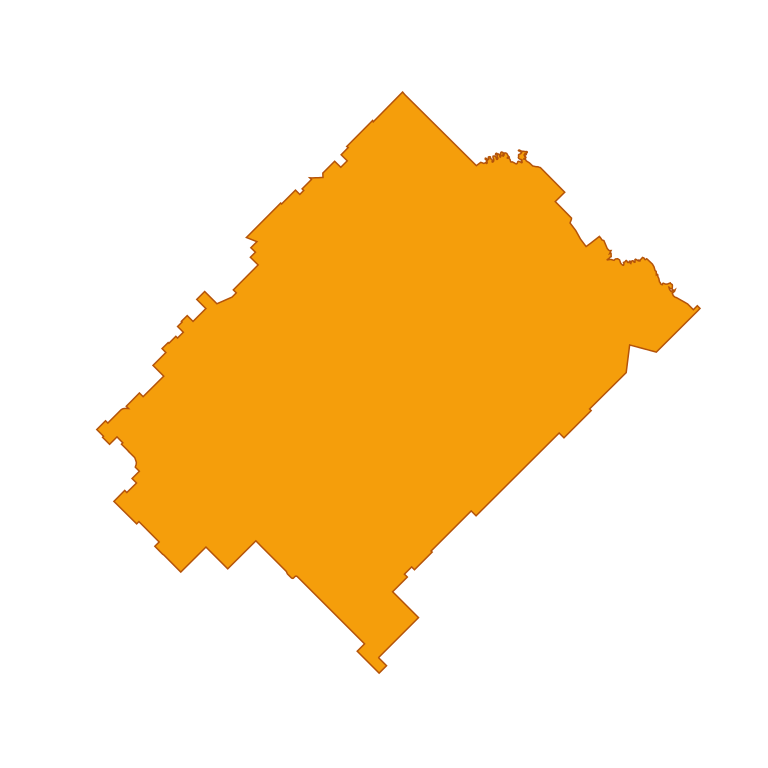 outline of Wyalkatchem, Western Australia, Australia, rotated 45°
{"feature_id": "25037944B8068903410129", "entity_name": "Wyalkatchem", "entity_type": "district", "adm_level": 2, "iso_a3": "AUS", "parent_name": "Australia", "parent_adm1": "Western Australia", "projection": "orthographic", "projection_center": [117.394, -31.195], "detail": "fine", "context": "isolated", "style": "filled", "palette": "amber", "viewbox_px": 768, "rotation_deg": 45, "n_neighbors": 0, "source": "geoboundaries", "source_scale": "gbopen_adm2", "svg_char_len": 6122}
<svg xmlns="http://www.w3.org/2000/svg" viewBox="0 0 768 768"><g transform="rotate(45 384 384)"><path d="M308.0,654.6L336.7,654.7L336.7,660.8L347.7,660.9L349.3,660.6L373.3,660.7L373.4,625.2L404.2,625.2L404.3,585.5L411.7,585.6L447.0,585.6L448.0,585.8L449.7,586.5L450.2,586.6L455.7,586.6L456.5,586.3L457.1,585.7L457.2,585.2L457.2,582.9L457.4,582.4L457.8,581.9L458.1,581.7L458.7,581.5L459.1,581.5L554.0,581.5L554.0,591.9L585.0,591.9L585.0,581.4L574.4,581.4L573.8,581.3L573.6,580.6L573.6,524.8L537.0,524.8L537.0,504.0L532.9,504.0L532.9,493.8L536.9,493.8L536.9,468.8L535.4,468.8L535.4,412.1L542.3,412.1L542.5,294.8L549.3,294.8L549.3,256.3L547.0,256.3L547.2,204.7L530.1,182.7L554.0,168.9L554.1,109.8L554.0,107.1L550.2,107.1L550.2,112.7L542.1,112.7L529.7,116.1L528.5,116.8L526.1,117.0L523.7,116.0L523.9,113.0L523.2,111.5L523.0,113.2L522.5,113.5L522.0,113.0L521.1,113.3L522.3,115.1L521.7,115.6L519.2,115.3L517.0,114.1L517.4,113.9L518.8,114.2L520.1,113.1L520.2,112.5L518.3,110.4L517.5,109.9L515.8,110.2L515.5,110.4L514.9,110.1L513.7,113.0L512.4,114.3L510.1,115.3L510.0,116.2L510.6,116.9L510.0,117.4L508.7,117.6L507.6,116.9L506.6,117.0L503.8,115.1L501.7,114.4L500.3,113.2L499.7,113.2L499.5,114.3L496.8,111.9L495.5,112.1L492.0,110.2L489.0,109.4L481.8,109.6L481.1,109.8L481.0,111.0L480.5,111.5L478.7,111.1L477.3,111.7L477.5,115.2L478.0,115.8L477.6,116.4L476.6,116.2L476.7,117.1L475.8,117.3L475.4,117.4L474.8,117.4L474.2,117.7L473.6,117.9L473.5,118.6L475.3,120.3L474.9,121.0L473.2,120.7L472.4,121.3L472.2,122.2L473.3,124.3L472.6,124.4L471.1,123.2L470.7,123.6L471.0,125.1L470.3,125.8L469.0,125.3L468.0,125.3L467.8,125.6L468.0,127.2L467.4,128.7L468.6,129.2L469.4,130.7L468.8,131.2L466.1,131.3L462.8,129.7L460.6,130.2L459.2,132.0L459.2,133.9L456.2,135.6L453.8,138.8L454.3,135.9L454.1,134.7L454.6,133.3L452.1,131.0L451.6,131.3L451.3,132.2L450.2,129.1L449.2,130.2L448.1,130.5L445.9,130.3L442.5,128.9L438.1,127.1L436.3,128.0L433.7,127.5L433.1,127.3L432.4,127.9L431.9,127.6L430.5,139.0L429.7,143.9L420.5,142.6L411.1,139.9L401.7,138.6L400.1,135.1L399.3,134.1L376.1,133.9L376.2,120.6L341.5,120.4L340.8,120.9L339.5,121.4L339.3,121.6L338.8,121.9L337.9,122.8L335.1,124.6L334.7,124.7L330.5,124.8L326.9,125.6L324.9,125.1L324.7,125.2L324.3,125.8L324.0,126.1L323.8,126.0L323.6,125.8L323.6,125.4L323.7,125.1L324.4,124.4L324.4,124.0L324.2,123.5L323.7,123.5L323.4,123.2L323.2,123.3L323.0,123.5L322.7,123.5L322.7,123.0L322.5,122.9L322.2,122.9L321.9,123.2L321.6,123.2L321.3,123.1L321.0,122.8L320.9,122.4L320.9,122.0L320.8,121.5L320.8,121.4L321.4,121.3L322.1,121.5L322.3,121.4L322.3,121.1L322.2,120.9L321.6,120.5L321.5,120.3L321.4,120.1L321.6,119.6L321.5,118.9L321.1,118.6L320.8,118.6L320.3,118.9L319.7,119.7L318.1,120.8L316.9,121.9L316.0,122.3L314.6,122.7L314.2,122.9L313.9,123.4L313.9,123.7L314.0,123.9L314.5,123.9L315.3,123.3L316.1,123.4L316.5,123.3L317.1,122.7L317.5,122.7L317.7,123.1L317.8,124.6L317.1,126.2L317.1,126.8L317.4,127.2L318.2,127.6L318.6,128.6L318.8,128.8L319.1,129.0L319.8,129.2L321.2,128.8L321.9,128.9L322.2,128.7L322.3,128.3L322.5,128.1L323.0,127.9L323.3,128.1L323.5,128.7L323.7,129.0L324.1,129.3L324.7,129.3L325.0,129.6L325.0,129.9L324.9,130.1L324.8,130.3L324.2,130.5L323.1,130.6L321.5,131.5L321.4,131.9L321.5,132.4L322.2,133.9L322.1,134.6L321.9,134.8L321.0,135.3L320.1,135.4L317.7,136.2L317.5,136.3L317.1,137.0L316.8,137.2L316.4,137.2L315.9,137.0L314.6,136.2L313.6,136.0L312.5,136.2L312.2,136.3L311.8,136.9L311.5,137.0L311.3,137.0L311.2,136.8L311.2,136.7L311.3,136.1L312.1,135.5L312.3,135.3L312.3,135.1L312.1,135.0L311.7,134.9L311.1,135.0L310.4,134.9L309.3,134.6L308.7,134.4L307.9,134.2L307.2,134.4L306.5,134.7L306.1,135.1L305.9,135.4L306.3,136.3L307.1,137.5L307.2,138.4L307.2,138.6L306.4,138.8L306.1,138.7L306.1,138.3L306.4,137.7L306.3,137.3L306.1,137.2L305.5,137.1L305.3,136.5L304.9,136.2L304.4,136.2L304.1,136.3L303.1,136.8L303.0,137.0L302.9,137.5L303.2,138.3L304.7,139.7L305.5,140.2L305.8,140.8L305.8,141.4L305.6,141.4L305.3,141.4L304.8,141.1L304.1,140.5L303.7,140.3L303.3,140.2L302.3,140.4L301.8,140.9L300.5,141.2L300.3,141.3L300.2,141.5L300.1,142.1L300.5,142.8L300.8,142.9L301.3,142.8L302.1,142.1L302.4,142.0L302.6,142.2L303.0,143.1L303.3,143.4L304.2,143.5L304.9,143.8L305.2,144.5L305.3,145.0L305.0,145.4L304.6,145.4L304.2,145.3L303.6,144.8L303.1,144.5L302.0,144.4L301.2,144.5L300.8,144.7L300.1,145.6L300.0,145.8L300.2,146.1L300.7,146.6L303.1,147.8L303.4,148.2L303.7,148.5L304.0,149.0L304.1,149.5L304.0,149.9L303.7,150.5L303.2,150.3L303.2,149.8L303.1,149.7L302.7,149.6L302.1,149.1L301.3,148.9L300.1,149.2L299.6,149.2L299.3,149.1L299.1,148.4L298.8,148.2L298.5,148.2L298.2,148.4L297.6,148.9L297.4,149.5L297.4,149.9L297.8,150.2L298.9,150.9L299.1,151.3L299.0,151.5L298.8,151.8L298.5,151.9L296.6,152.2L296.0,152.6L296.1,152.9L296.5,153.4L297.3,153.5L297.8,153.3L298.3,153.0L298.8,152.9L299.0,152.9L299.1,153.3L299.0,153.7L299.1,153.9L299.2,154.0L299.9,154.1L300.3,154.3L300.6,154.7L300.7,155.3L300.5,155.6L300.3,155.6L299.6,155.0L299.3,155.0L299.2,156.1L298.7,157.4L295.7,158.8L294.9,164.3L194.3,164.7L190.7,164.4L191.0,206.2L189.6,205.7L189.7,242.4L191.5,242.1L191.6,252.2L200.2,252.2L200.2,261.3L191.6,261.4L191.6,278.1L194.8,281.1L192.8,283.3L191.9,284.4L189.9,286.4L187.3,289.3L185.7,290.7L188.1,290.7L188.1,303.9L190.4,303.9L190.4,309.5L184.3,309.5L184.3,329.1L183.0,329.1L183.1,377.7L193.5,373.2L193.5,381.8L199.9,381.7L199.9,388.9L210.8,388.8L210.9,424.0L215.1,424.0L215.1,430.0L209.1,445.4L191.8,445.4L191.8,456.6L197.7,456.6L204.7,456.6L204.7,474.8L196.5,474.8L196.4,483.0L197.4,483.0L197.4,489.3L205.5,489.3L205.5,497.5L203.1,497.5L203.1,507.3L202.1,507.3L202.0,515.9L207.5,516.0L207.5,534.2L222.7,534.2L222.6,563.3L217.4,563.3L217.5,582.0L220.7,582.0L218.5,584.0L217.5,585.2L216.9,586.1L216.4,587.6L216.3,588.3L216.3,597.2L216.3,605.0L216.4,606.9L213.1,606.9L213.1,619.3L222.6,619.3L222.7,620.7L232.6,620.7L232.6,610.2L240.9,610.3L240.9,612.2L251.2,612.2L251.2,612.4L259.1,612.3L260.3,612.5L263.9,614.3L264.3,614.5L265.4,615.8L266.0,616.7L266.5,618.0L267.0,618.7L272.7,618.7L272.7,629.0L279.0,629.0L278.9,642.6L275.9,642.6L276.0,658.0L308.0,657.8L308.0,654.6Z" fill="#f59e0b" stroke="#b45309" stroke-width="1.5"/></g></svg>